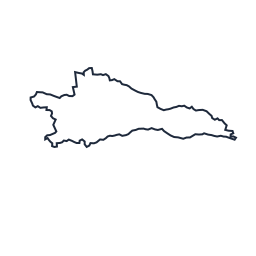 outline of Cambira, Paraná, Brazil, rotated 117°
{"feature_id": "56859067B19055984398551", "entity_name": "Cambira", "entity_type": "district", "adm_level": 2, "iso_a3": "BRA", "parent_name": "Brazil", "parent_adm1": "Paraná", "projection": "natural_earth1", "projection_center": [-51.567, -23.611], "detail": "fine", "context": "isolated", "style": "outline", "palette": "slate", "viewbox_px": 256, "rotation_deg": 117, "n_neighbors": 0, "source": "geoboundaries", "source_scale": "gbopen_adm2", "svg_char_len": 2251}
<svg xmlns="http://www.w3.org/2000/svg" viewBox="0 0 256 256"><g transform="rotate(117 128 128)"><path d="M90.0,27.7L87.6,27.4L87.7,30.2L88.9,32.8L87.1,33.6L84.9,31.8L83.2,33.5L84.8,37.3L85.5,40.5L80.8,41.3L80.0,44.1L78.3,47.9L79.6,50.3L78.8,52.6L81.2,54.4L80.9,57.5L79.2,59.1L78.6,61.7L77.4,65.6L77.9,69.7L79.9,73.1L81.6,75.4L81.4,78.2L80.1,80.8L82.6,82.0L83.0,84.9L82.6,88.0L84.2,89.9L85.1,92.6L87.3,94.5L89.0,96.7L91.5,98.9L93.0,100.6L94.2,102.3L95.9,104.2L96.2,107.6L96.1,111.2L94.2,112.8L91.7,114.7L90.2,117.4L89.0,119.2L88.0,122.0L88.7,125.9L90.0,128.7L90.9,132.5L91.4,135.6L91.4,138.8L91.3,142.9L90.5,145.8L90.4,148.6L91.1,150.9L91.6,153.2L90.0,156.3L91.1,158.6L90.7,162.4L92.6,164.0L93.8,165.8L92.0,167.3L90.6,169.0L90.1,172.2L92.2,174.3L92.4,176.6L94.4,179.5L96.1,183.6L93.5,185.4L91.0,187.5L92.3,189.8L94.5,190.8L96.4,192.2L98.5,192.8L100.7,191.5L100.4,193.9L101.3,196.8L102.2,200.5L114.4,192.4L116.6,195.7L122.5,190.8L124.8,191.9L126.2,194.9L126.2,197.7L127.5,199.7L130.0,201.8L132.3,202.5L132.7,205.5L133.1,208.8L133.4,212.5L134.8,215.8L135.0,220.2L136.2,222.9L137.3,225.5L139.9,225.3L142.6,226.0L145.0,228.6L147.3,227.5L149.8,224.3L151.2,222.9L151.7,219.9L149.5,218.3L149.8,215.2L148.1,212.7L146.4,209.8L149.0,208.8L147.6,206.0L147.8,203.5L149.5,202.3L152.2,202.1L153.4,199.3L153.3,196.3L159.1,196.0L163.6,190.3L165.5,190.8L169.7,194.3L171.2,196.7L173.7,197.6L175.7,196.6L173.5,195.1L174.5,193.2L175.4,191.1L176.0,188.5L178.6,187.4L178.3,184.9L176.8,182.9L173.9,184.6L172.1,181.7L170.6,180.2L168.3,179.5L167.5,176.7L165.2,175.5L164.9,172.0L164.9,169.4L164.7,167.0L163.4,164.5L161.2,165.3L159.0,163.7L159.7,160.5L162.2,159.2L163.6,156.2L161.2,154.5L158.5,154.6L157.1,151.4L155.1,149.5L150.9,147.7L149.7,144.6L147.1,143.1L144.8,142.3L143.1,140.6L142.3,138.4L140.7,136.4L139.3,135.0L137.6,132.9L137.6,129.6L135.2,126.5L133.3,124.9L130.8,124.0L128.4,123.0L126.2,120.2L123.9,118.2L121.5,113.9L121.1,111.7L120.3,109.4L117.4,106.9L117.0,103.2L116.2,100.5L113.3,97.3L114.4,94.5L114.9,90.5L115.3,86.7L115.1,82.8L113.6,79.1L112.5,73.9L109.9,71.5L108.3,68.5L103.0,65.2L101.6,61.8L99.9,58.9L98.2,57.8L97.5,53.6L96.4,50.4L95.9,47.5L95.1,44.7L92.8,41.8L92.2,38.8L91.2,36.7L90.9,33.9L90.0,27.7Z" fill="none" stroke="#1e293b" stroke-width="2"/></g></svg>